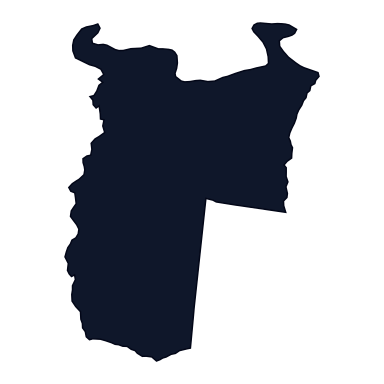 Tapira, Paraná, Brazil
{"feature_id": "56859067B14009728916409", "entity_name": "Tapira", "entity_type": "district", "adm_level": 2, "iso_a3": "BRA", "parent_name": "Brazil", "parent_adm1": "Paraná", "projection": "mercator", "projection_center": [-53.135, -23.338], "detail": "fine", "context": "isolated", "style": "filled", "palette": "ink", "viewbox_px": 384, "rotation_deg": 0, "n_neighbors": 0, "source": "geoboundaries", "source_scale": "gbopen_adm2", "svg_char_len": 2483}
<svg xmlns="http://www.w3.org/2000/svg" viewBox="0 0 384 384"><path d="M318.0,72.6L303.9,67.7L300.0,65.8L295.5,62.7L288.4,57.2L283.4,51.5L279.7,46.3L279.3,40.8L283.0,37.7L288.3,36.4L292.0,35.1L294.6,33.3L296.6,29.4L289.1,25.0L285.2,24.1L281.8,23.8L277.5,23.6L271.7,24.0L260.4,23.0L257.2,23.3L254.0,25.0L252.1,28.5L253.8,31.8L258.2,36.4L260.6,39.3L263.0,42.1L266.5,48.9L268.2,56.7L268.5,63.4L265.7,66.0L256.3,68.0L250.5,69.6L244.4,70.6L235.3,73.5L227.5,76.4L222.8,77.5L214.7,81.1L207.8,81.6L200.3,80.3L195.8,80.6L189.9,81.6L184.7,81.9L181.3,81.1L175.6,76.6L175.0,73.3L176.6,68.4L177.4,63.0L176.9,55.7L174.7,52.2L172.0,50.1L168.6,49.4L163.0,48.9L158.4,48.9L149.4,45.6L141.2,48.2L131.0,48.7L123.3,50.5L118.9,50.6L115.2,49.6L106.9,45.2L103.2,44.4L98.0,44.9L92.4,43.2L91.7,38.6L97.8,32.8L100.0,28.2L97.8,24.0L93.2,25.6L86.3,27.0L81.7,29.0L77.0,35.0L73.8,39.9L72.7,45.4L72.9,50.9L75.5,57.9L89.5,64.7L95.3,66.3L100.9,69.2L103.8,74.5L98.4,79.0L102.8,82.3L99.0,85.3L96.8,91.1L93.9,95.6L90.0,96.6L92.9,100.2L93.2,104.7L96.1,108.0L99.1,105.8L100.3,113.9L100.5,119.0L104.0,119.8L102.8,126.0L104.7,132.5L101.5,134.8L99.0,136.6L95.1,138.9L91.2,143.3L91.9,149.4L90.7,155.2L86.9,156.0L83.0,158.7L83.1,162.6L84.3,166.6L84.8,169.9L84.0,174.7L79.1,179.3L76.3,181.0L72.3,183.7L68.8,187.5L70.8,191.2L74.8,192.8L75.5,197.7L76.2,203.7L73.6,207.4L71.3,210.9L70.5,216.4L73.6,220.6L76.7,224.7L78.9,229.1L78.2,234.0L75.8,237.9L72.0,240.1L70.4,244.0L67.9,247.5L66.4,251.8L65.0,256.9L68.3,263.4L67.5,270.4L69.2,273.9L71.5,276.5L74.6,274.9L75.4,279.6L72.5,285.7L72.5,290.0L71.8,294.5L72.1,301.1L75.7,306.5L80.5,311.7L80.9,319.3L82.4,323.4L82.6,327.9L85.3,331.6L86.3,336.8L89.5,339.7L92.7,338.8L96.9,339.0L100.5,339.2L105.7,340.7L111.6,342.7L115.1,344.3L118.7,344.7L122.7,346.2L127.2,346.4L131.2,349.3L135.1,350.6L137.3,353.2L142.3,356.3L146.2,356.2L151.8,356.9L156.5,361.0L159.9,359.7L162.7,358.0L166.1,357.0L171.1,354.3L175.4,353.4L179.5,350.6L186.9,348.8L190.4,348.1L193.4,315.9L194.1,307.8L205.9,198.4L212.9,200.1L216.2,201.9L235.6,205.0L240.0,205.6L285.7,212.3L283.7,205.7L283.5,201.0L286.9,197.5L287.4,193.5L285.9,186.8L287.9,181.9L286.1,176.5L286.2,172.1L286.2,167.7L284.0,165.0L287.1,161.3L291.6,158.1L291.8,153.4L292.5,147.7L291.0,144.7L290.3,141.1L288.7,137.6L289.8,132.9L292.0,127.8L294.3,123.3L296.2,118.1L296.9,114.2L298.7,110.0L301.7,105.3L303.5,100.7L306.0,97.7L307.0,93.0L309.8,90.6L310.8,85.8L314.8,83.6L315.7,80.3L319.0,76.4L318.0,72.6Z" fill="#0f172a" stroke="#020617" stroke-width="1.5"/></svg>